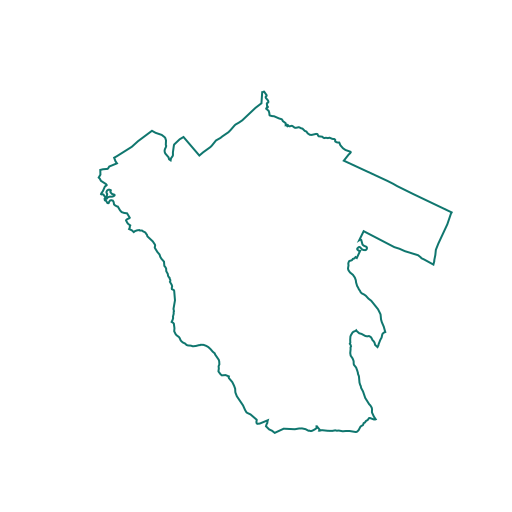 Cocorastii Mislii, Prahova, Romania (Natural Earth projection), rotated 205°
{"feature_id": "2599482B78441149052193", "entity_name": "Cocorastii Mislii", "entity_type": "district", "adm_level": 2, "iso_a3": "ROU", "parent_name": "Romania", "parent_adm1": "Prahova", "projection": "natural_earth1", "projection_center": [25.918, 45.09], "detail": "fine", "context": "isolated", "style": "outline", "palette": "teal", "viewbox_px": 512, "rotation_deg": 205, "n_neighbors": 0, "source": "geoboundaries", "source_scale": "gbopen_adm2", "svg_char_len": 6131}
<svg xmlns="http://www.w3.org/2000/svg" viewBox="0 0 512 512"><g transform="rotate(205 256 256)"><path d="M319.6,407.1L315.6,396.7L319.1,390.0L325.8,373.1L327.9,369.6L330.1,366.5L330.6,365.3L332.3,359.3L333.3,356.5L337.1,350.1L338.1,348.0L341.1,343.8L342.7,337.3L343.4,335.4L347.7,327.7L349.8,323.1L372.0,333.2L374.5,329.5L377.3,322.4L377.0,321.0L375.1,314.8L373.9,312.3L373.8,311.2L374.3,308.6L373.8,306.6L374.4,306.7L375.6,306.9L377.0,308.5L381.6,310.6L382.8,311.8L383.5,313.2L383.7,314.5L383.7,316.7L383.9,317.8L384.7,318.6L386.4,322.7L388.1,324.6L389.1,325.1L392.6,325.9L399.1,325.2L403.2,325.5L411.4,310.3L414.7,302.5L424.3,287.6L426.1,285.1L423.4,282.5L421.2,281.2L426.8,275.1L427.1,272.8L427.4,272.2L431.4,269.9L433.5,268.2L431.4,264.0L431.7,260.6L430.3,260.1L428.3,258.6L422.4,257.8L421.3,257.2L421.5,256.4L421.9,256.0L422.3,254.9L422.2,250.1L422.7,247.2L422.6,246.6L422.1,246.5L420.6,247.2L420.0,247.1L418.0,245.8L416.9,246.1L416.6,246.4L416.6,247.2L417.0,249.2L417.8,249.8L418.6,250.7L418.6,252.4L417.9,253.6L417.1,254.1L415.5,254.3L415.2,253.9L415.2,252.8L414.7,252.2L412.8,251.4L410.4,251.7L409.9,251.5L409.8,251.1L410.3,250.1L411.3,249.1L413.9,247.8L415.1,246.4L415.3,246.0L415.4,245.1L415.6,244.7L417.2,244.3L417.4,243.8L416.5,242.6L415.1,242.6L413.0,241.2L412.2,241.4L411.9,241.7L412.0,243.0L411.7,244.7L410.8,245.4L409.2,245.7L407.9,244.8L406.4,242.7L404.9,242.3L402.8,242.2L402.1,242.4L398.5,239.9L396.3,239.0L393.7,239.3L390.9,240.2L386.6,237.3L386.7,236.8L388.4,234.8L388.8,233.9L388.8,233.3L386.7,231.7L385.2,231.0L382.9,230.6L382.8,229.2L382.4,228.4L382.4,226.8L379.3,226.8L376.9,226.0L376.2,227.4L374.6,229.0L372.7,230.2L372.0,230.0L370.0,230.9L368.8,230.6L366.8,230.6L366.0,230.4L364.8,229.6L364.0,229.3L362.7,227.9L355.7,225.6L352.4,223.6L351.8,222.8L351.4,221.0L350.8,220.4L347.0,217.9L344.1,216.6L342.3,214.7L340.5,213.5L337.0,212.0L334.9,208.3L333.6,207.7L332.2,206.7L330.9,204.3L328.4,202.5L327.4,201.0L326.6,200.3L325.1,199.7L324.9,199.2L323.6,198.1L323.1,197.2L323.1,196.2L320.3,194.3L319.2,193.1L318.8,191.3L318.2,190.4L316.2,190.4L315.4,189.8L310.7,181.6L308.4,173.1L307.0,171.3L307.0,170.5L306.2,168.9L305.6,165.8L304.9,164.8L304.6,162.9L304.6,160.6L302.8,160.4L301.9,160.0L299.4,156.1L298.3,153.2L295.8,151.2L294.5,150.6L291.6,150.0L290.4,149.3L288.9,147.9L287.6,147.2L285.7,146.7L283.3,146.7L281.3,146.0L279.8,146.2L277.2,147.2L275.0,147.5L272.4,149.1L270.0,151.1L269.0,151.6L268.7,152.1L266.0,153.3L263.1,153.5L260.7,153.3L257.9,152.4L254.8,151.0L252.2,150.3L251.5,149.5L245.9,146.2L244.8,144.9L243.4,142.3L243.3,140.3L242.1,138.2L241.3,135.6L240.9,135.3L238.1,133.8L236.5,133.4L233.3,135.2L229.7,135.4L229.6,134.6L228.8,133.8L224.2,131.7L221.1,129.2L218.8,126.9L217.2,123.9L216.7,123.3L214.1,120.8L204.6,115.1L200.8,111.8L198.6,110.3L197.6,110.1L194.0,110.1L186.2,107.9L186.0,107.6L185.5,105.7L184.6,104.6L183.8,104.5L181.8,105.7L175.9,112.1L175.7,110.9L175.2,109.5L175.3,107.9L175.0,105.9L170.8,104.4L167.6,104.4L164.3,103.6L157.9,111.2L147.6,115.4L144.2,117.8L141.4,119.2L137.9,120.0L134.6,119.8L133.8,120.3L133.0,120.3L132.1,120.6L131.1,121.5L129.5,123.6L128.3,125.7L129.2,127.2L128.9,127.4L125.2,125.6L124.4,125.4L124.4,125.0L124.9,124.7L124.9,124.4L124.6,124.5L122.7,126.0L117.1,127.9L113.0,129.7L110.5,131.5L108.9,131.8L107.2,132.8L103.3,133.8L100.9,135.2L97.4,136.9L91.3,138.6L90.5,139.1L90.0,139.8L89.4,141.6L89.2,145.4L88.8,146.3L87.7,147.8L87.6,148.3L87.8,150.0L86.9,151.2L86.6,153.0L85.5,154.5L85.0,156.9L84.3,157.3L80.0,157.7L78.9,158.2L78.5,158.6L81.3,160.3L84.3,162.8L84.9,163.4L86.1,166.2L87.1,167.5L89.2,168.9L90.8,169.5L97.0,173.5L101.8,178.5L104.9,180.8L106.1,182.4L107.2,183.3L108.7,185.0L111.9,190.5L113.9,192.4L114.2,193.1L115.9,195.0L118.1,197.2L121.3,198.8L121.9,199.6L123.0,201.8L123.6,202.5L125.2,204.0L128.1,205.7L129.6,207.9L130.8,211.3L131.7,213.1L131.7,214.3L132.8,215.5L133.9,216.1L133.9,217.3L135.2,219.8L136.4,222.9L136.5,224.3L136.2,227.3L135.7,228.5L134.1,230.2L133.8,231.0L133.2,230.6L129.8,229.6L127.4,230.0L123.1,229.7L121.2,230.2L119.8,231.2L117.9,231.1L116.7,230.5L114.7,228.9L113.4,228.5L112.0,227.6L110.5,225.8L107.4,224.8L107.3,226.7L107.6,227.8L107.9,232.7L107.7,235.1L108.4,238.3L108.4,239.1L107.7,240.7L106.7,241.7L110.3,245.9L114.1,249.3L115.9,251.4L118.3,255.5L119.0,256.2L122.9,259.3L132.6,264.1L136.1,264.9L139.7,266.4L142.1,266.8L144.1,266.8L145.7,267.3L147.2,268.5L148.7,269.3L150.1,270.5L151.7,271.6L154.1,274.3L155.3,276.2L157.3,278.2L160.2,279.9L163.8,280.8L166.1,282.1L167.2,283.3L167.6,284.4L168.2,286.6L169.1,288.0L169.4,289.2L169.4,290.6L169.2,291.0L167.5,292.5L167.2,293.1L167.0,294.3L165.8,295.4L165.3,297.1L163.8,296.8L163.8,304.6L165.2,304.2L166.9,304.7L167.3,305.2L167.3,305.9L166.7,307.3L166.3,307.8L165.3,307.9L162.7,306.8L161.0,306.9L159.4,307.5L158.8,308.2L158.6,309.0L158.8,310.2L159.8,311.0L162.4,310.9L163.9,311.2L164.5,311.6L167.4,315.0L168.4,315.1L169.1,314.0L168.9,324.0L134.4,322.5L129.0,323.2L123.1,323.3L109.4,325.2L106.1,324.4L105.1,323.9L102.2,323.9L91.6,323.2L92.3,326.9L92.6,327.3L93.9,332.7L95.6,337.6L96.0,344.3L96.0,365.6L97.2,376.5L97.1,378.2L139.9,378.6L157.7,379.0L162.2,379.4L168.7,379.6L216.7,379.5L214.9,387.1L214.1,389.0L214.0,390.1L214.4,390.4L219.7,389.9L222.7,390.4L226.3,392.0L228.5,394.0L230.4,393.2L232.3,393.2L232.7,393.4L233.3,394.7L234.3,395.1L236.4,394.4L239.3,394.3L240.7,393.2L242.6,392.7L244.0,391.7L245.0,391.7L246.4,392.1L249.8,391.0L250.7,391.4L251.6,392.3L252.2,392.4L253.2,392.0L256.8,389.2L258.5,388.6L261.0,389.0L262.9,390.1L264.7,390.0L267.7,391.1L269.1,390.8L270.9,390.9L271.7,390.8L273.5,389.4L274.7,388.7L275.6,388.7L277.8,389.2L278.6,389.1L280.4,387.7L281.9,387.6L282.3,386.8L282.5,386.8L283.0,387.3L282.8,388.1L283.4,388.1L284.4,387.1L285.2,388.8L285.6,389.0L288.7,389.6L289.5,390.3L290.5,390.8L293.3,390.4L298.7,390.3L300.5,389.6L302.8,389.2L303.3,389.4L304.5,391.4L305.9,392.9L309.0,393.8L309.0,395.5L308.3,395.6L308.2,396.1L309.6,397.0L310.0,397.9L310.5,398.4L310.5,399.6L309.8,400.3L310.0,401.1L310.8,402.0L313.8,403.4L314.3,403.9L314.5,404.5L314.1,405.5L314.3,406.2L318.1,408.4L318.5,408.2L319.2,407.3L319.6,407.1Z" fill="none" stroke="#0f766e" stroke-width="2"/></g></svg>